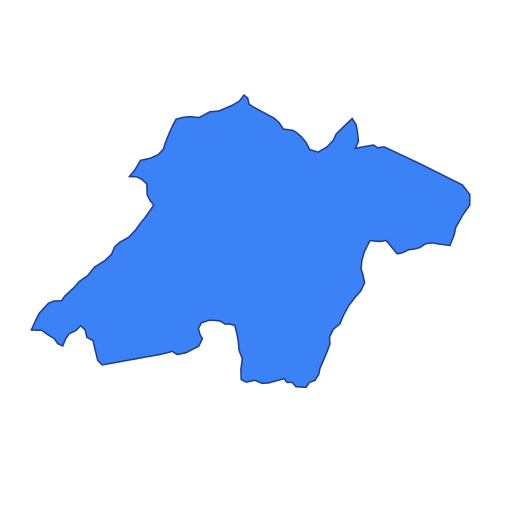 outline of Rio das Pedras, São Paulo, Brazil, rotated 206°
{"feature_id": "56859067B32599157784943", "entity_name": "Rio das Pedras", "entity_type": "district", "adm_level": 2, "iso_a3": "BRA", "parent_name": "Brazil", "parent_adm1": "São Paulo", "projection": "equal_earth", "projection_center": [-47.595, -22.845], "detail": "fine", "context": "isolated", "style": "filled", "palette": "blue", "viewbox_px": 512, "rotation_deg": 206, "n_neighbors": 0, "source": "geoboundaries", "source_scale": "gbopen_adm2", "svg_char_len": 2109}
<svg xmlns="http://www.w3.org/2000/svg" viewBox="0 0 512 512"><g transform="rotate(206 256 256)"><path d="M404.6,271.9L397.9,274.9L392.5,274.9L385.7,272.9L380.7,263.4L375.3,259.3L370.3,257.1L371.1,251.1L372.5,242.2L374.3,234.4L375.7,226.4L378.7,216.9L384.3,208.9L387.1,202.3L386.6,194.3L389.8,185.7L396.2,175.4L398.7,164.6L403.5,156.0L405.3,149.2L407.6,143.1L410.3,136.2L411.2,130.3L417.8,127.1L421.9,122.4L425.7,109.6L425.8,99.9L425.5,91.0L415.9,95.3L408.5,94.0L401.2,93.4L395.7,90.3L390.3,90.4L390.8,98.2L389.8,104.3L385.1,110.2L383.2,116.4L377.1,114.7L372.4,108.8L365.4,108.5L359.8,101.6L352.4,92.7L346.5,90.7L311.5,116.4L300.4,124.4L294.7,129.0L289.5,133.6L283.7,132.9L276.5,138.3L271.9,144.6L267.9,149.8L268.0,158.3L272.1,161.0L276.0,165.7L275.7,172.2L269.7,177.9L263.7,180.5L259.3,181.9L254.1,181.2L249.7,183.4L244.5,184.2L239.4,178.1L234.8,172.0L230.1,164.0L223.3,157.7L219.9,147.5L215.2,138.5L209.5,138.3L202.6,143.8L194.7,144.2L188.9,147.5L184.9,151.1L181.0,154.5L177.0,158.1L172.7,156.0L168.0,158.3L162.8,156.0L158.3,157.9L153.4,160.0L152.6,165.9L148.5,169.9L147.7,177.2L149.3,183.4L149.6,191.6L150.2,201.9L151.0,209.3L154.4,215.4L154.4,224.1L150.9,231.4L151.4,241.8L150.9,252.4L148.8,262.4L146.6,270.2L146.6,279.5L152.0,286.4L155.9,290.4L158.9,298.3L160.5,307.5L160.3,319.8L151.4,323.1L145.7,327.0L138.6,323.7L134.4,321.8L130.0,319.8L126.1,322.8L121.5,328.6L116.3,332.0L112.5,335.3L108.8,341.5L102.5,345.5L98.1,346.5L86.3,350.5L87.2,362.1L89.0,369.3L88.5,376.5L88.2,383.5L86.2,395.4L90.7,404.9L101.5,410.3L150.3,410.8L188.6,410.3L194.1,406.6L199.0,407.3L208.6,400.4L213.8,396.3L214.2,404.0L219.1,411.8L223.4,417.7L229.8,421.7L234.4,409.5L237.4,400.9L237.2,394.0L240.0,385.1L245.7,376.6L254.3,375.2L261.2,380.2L267.9,383.2L272.4,384.4L277.5,385.2L287.1,382.1L293.9,386.1L300.2,387.8L324.3,388.8L328.8,389.5L332.7,394.3L337.3,395.4L339.0,387.5L343.4,381.1L353.0,370.0L360.7,365.4L367.9,355.4L376.3,352.4L382.4,348.6L387.8,343.9L388.1,335.7L387.9,329.4L387.1,318.2L386.1,311.1L388.3,304.3L394.0,297.4L401.8,291.3L402.6,280.1L404.6,271.9Z" fill="#3b82f6" stroke="#1e3a8a" stroke-width="1.5"/></g></svg>